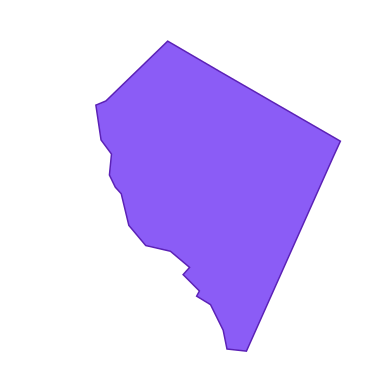 Rains, Texas, United States of America (Natural Earth projection), rotated 30°
{"feature_id": "52423323B52067062833636", "entity_name": "Rains", "entity_type": "district", "adm_level": 2, "iso_a3": "USA", "parent_name": "United States of America", "parent_adm1": "Texas", "projection": "natural_earth1", "projection_center": [-95.807, 32.846], "detail": "fine", "context": "isolated", "style": "filled", "palette": "violet", "viewbox_px": 384, "rotation_deg": 30, "n_neighbors": 0, "source": "geoboundaries", "source_scale": "gbopen_adm2", "svg_char_len": 437}
<svg xmlns="http://www.w3.org/2000/svg" viewBox="0 0 384 384"><g transform="rotate(30 192 192)"><path d="M296.7,90.7L295.1,73.8L155.0,73.8L95.5,73.5L71.9,156.2L65.3,164.8L87.2,192.4L103.3,199.4L112.0,218.6L123.2,226.2L131.6,228.9L154.0,252.5L178.7,261.5L202.9,254.1L227.6,258.5L225.6,268.0L247.9,274.0L248.1,279.9L264.4,280.3L288.1,296.1L300.8,310.5L318.7,302.6L296.7,90.7Z" fill="#8b5cf6" stroke="#5b21b6" stroke-width="1.5"/></g></svg>